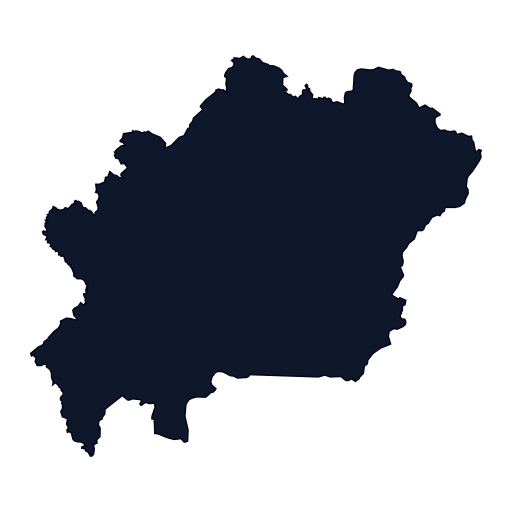 the district of Natagaima, Tolima, Colombia
{"feature_id": "7082276B16857235626689", "entity_name": "Natagaima", "entity_type": "district", "adm_level": 2, "iso_a3": "COL", "parent_name": "Colombia", "parent_adm1": "Tolima", "projection": "orthographic", "projection_center": [-75.144, 3.531], "detail": "fine", "context": "isolated", "style": "filled", "palette": "ink", "viewbox_px": 512, "rotation_deg": 0, "n_neighbors": 0, "source": "geoboundaries", "source_scale": "gbopen_adm2", "svg_char_len": 5848}
<svg xmlns="http://www.w3.org/2000/svg" viewBox="0 0 512 512"><path d="M187.6,441.0L188.0,429.9L184.9,416.4L185.9,404.2L188.7,399.9L191.5,398.3L196.6,396.9L205.8,397.1L211.1,392.3L213.2,392.1L215.3,389.9L215.9,388.6L211.8,385.2L210.7,381.6L212.0,376.9L215.5,372.4L218.3,371.3L222.9,371.8L230.2,375.6L233.6,376.0L237.3,378.0L246.7,377.4L248.6,376.4L249.7,374.6L318.4,376.9L324.8,375.0L330.2,376.9L340.9,376.5L345.8,380.4L347.6,380.6L351.9,378.9L355.3,381.4L359.0,378.8L359.3,377.5L363.3,373.4L364.3,366.1L367.3,363.8L367.8,360.0L372.9,353.5L380.6,348.0L390.6,344.1L388.3,336.3L389.2,331.2L393.9,328.5L397.2,329.2L403.0,326.5L405.2,324.6L405.8,322.3L405.3,320.1L404.2,319.1L401.7,319.1L400.2,316.5L400.3,314.5L401.4,313.5L401.4,311.8L402.4,310.6L402.3,306.2L405.0,304.6L405.8,300.4L400.0,297.8L398.3,299.1L392.5,295.5L391.9,294.1L397.1,287.2L399.8,280.8L403.3,276.3L403.4,274.9L400.3,267.4L401.1,265.8L402.3,265.6L403.2,261.5L401.9,255.5L402.7,251.7L406.4,247.6L408.8,243.3L414.3,238.9L416.9,231.6L417.9,230.5L421.8,230.6L423.5,229.6L425.4,225.1L428.2,223.2L431.8,217.4L437.3,214.9L439.9,215.7L441.6,212.8L444.4,210.9L444.8,208.3L445.7,207.4L454.8,207.4L459.6,206.4L464.4,203.0L465.0,199.9L468.2,193.3L467.9,189.4L466.2,186.9L467.0,179.0L468.2,176.1L472.6,171.0L479.4,160.6L481.1,157.0L480.3,153.0L481.3,150.5L479.1,149.6L475.5,152.2L473.7,142.4L472.0,140.1L471.5,136.1L468.5,136.5L461.8,133.2L456.7,134.6L455.7,132.0L454.5,131.0L450.9,131.7L446.7,131.2L445.0,130.1L440.2,130.5L437.1,127.8L435.0,122.9L434.9,119.1L435.5,117.4L440.1,114.9L440.1,114.2L432.3,108.2L430.0,108.5L425.1,105.1L419.1,108.1L416.4,103.1L409.6,97.4L408.6,95.4L411.1,90.7L410.5,89.4L411.9,85.6L411.4,83.7L407.7,82.5L405.2,79.3L404.9,77.4L400.7,74.2L400.5,72.2L399.6,71.5L395.9,71.0L393.1,69.4L388.6,70.2L378.5,67.3L373.6,69.7L369.5,70.0L361.4,69.0L357.5,69.8L355.1,72.4L354.2,75.6L353.3,89.9L352.0,91.1L347.1,91.7L345.4,93.0L344.4,98.0L344.9,102.6L344.4,103.7L343.1,104.1L337.1,101.8L332.6,102.9L330.5,98.9L328.5,98.2L327.2,99.2L324.8,97.2L323.9,97.3L323.2,98.8L318.8,97.6L318.5,99.8L316.8,98.8L313.1,98.8L312.2,97.7L312.6,94.7L309.6,91.1L309.6,89.0L307.8,88.0L307.4,85.1L306.5,84.3L305.2,85.6L306.5,88.2L306.3,89.3L305.4,90.0L303.4,89.9L302.6,90.8L302.6,94.6L299.3,96.7L299.2,98.5L297.7,98.5L295.2,96.3L293.1,97.3L290.5,94.5L288.4,94.6L286.5,92.9L283.9,92.4L284.1,90.8L286.5,90.9L287.1,89.5L282.5,85.1L282.8,77.5L287.1,76.3L283.4,73.4L282.0,70.7L279.0,68.1L273.2,65.8L269.3,65.8L268.4,64.6L262.5,62.6L259.2,58.9L255.9,58.3L253.2,55.9L251.6,56.5L251.5,58.5L249.9,59.0L246.8,59.0L243.4,56.4L239.7,58.5L234.2,57.8L233.9,58.9L231.6,60.4L233.9,62.6L233.9,65.4L231.8,67.8L228.7,68.5L225.7,72.7L224.7,75.5L224.9,76.6L226.7,78.0L225.9,84.4L226.5,85.8L226.7,92.4L223.2,89.8L221.7,90.1L218.8,89.1L216.0,90.1L215.4,92.2L206.0,99.7L200.7,105.7L200.4,106.5L202.9,109.7L193.4,118.2L192.7,121.3L189.9,124.5L189.5,128.3L187.8,128.5L184.1,135.7L179.2,137.4L171.2,145.5L165.0,148.2L165.5,143.2L160.2,137.3L151.9,133.9L148.3,131.2L146.1,132.4L144.5,132.0L141.9,133.0L138.7,131.4L135.4,131.0L134.2,132.1L133.0,130.7L132.2,132.4L123.5,133.7L122.7,137.8L120.0,141.0L120.4,141.7L123.1,142.4L124.9,145.9L121.5,145.8L116.9,149.4L115.8,150.6L116.0,152.0L114.5,152.0L115.4,154.3L114.4,155.4L115.9,158.2L118.8,158.7L121.1,163.8L124.3,163.5L127.2,166.9L127.1,168.3L121.1,173.8L121.0,175.3L123.2,177.6L118.8,177.5L117.0,175.7L113.7,174.9L109.8,171.6L107.8,177.1L105.6,177.3L104.6,182.0L99.2,184.3L95.8,184.3L96.5,190.2L95.6,192.3L98.2,193.1L99.3,196.3L98.2,199.8L96.6,202.0L98.2,207.1L98.0,210.0L95.3,212.4L94.9,215.1L93.7,215.0L91.1,211.3L87.9,210.1L85.6,207.9L83.0,207.6L81.0,202.9L78.6,201.4L77.0,201.5L76.0,200.5L74.9,201.0L73.8,204.2L72.2,204.3L68.4,208.7L65.2,207.7L62.9,210.3L61.9,209.7L60.3,210.5L58.0,209.3L56.3,209.8L56.4,208.3L53.3,206.5L52.3,209.2L49.4,211.6L49.2,214.1L47.4,214.6L48.3,215.7L46.4,217.6L47.3,220.3L45.4,220.2L47.1,223.1L45.3,223.1L45.0,226.3L47.3,230.2L46.1,231.6L43.5,231.0L42.6,231.9L43.4,234.3L47.4,236.2L45.8,239.7L48.3,240.1L47.5,242.2L48.0,242.9L49.9,242.2L49.6,243.1L51.2,244.5L50.2,246.3L51.8,247.0L52.7,248.8L54.9,249.8L55.7,251.5L57.1,251.0L58.7,252.2L58.8,254.9L59.9,254.4L60.8,256.1L63.9,256.1L65.4,261.6L67.3,262.8L68.4,264.7L70.7,264.6L70.0,266.0L71.8,268.2L73.7,272.9L73.9,276.0L77.5,278.8L81.0,278.6L84.4,280.4L86.1,284.3L86.6,284.0L86.5,284.7L87.7,285.5L86.8,286.5L87.9,287.2L86.3,288.1L86.7,289.3L85.6,290.0L86.1,291.0L87.0,291.0L86.0,291.8L86.2,293.2L85.5,294.1L83.9,293.7L83.6,294.6L85.3,298.6L85.2,301.0L86.4,302.3L85.5,302.8L85.9,303.6L84.9,303.5L83.7,305.3L80.7,302.7L78.1,306.4L74.5,308.2L72.8,310.3L74.1,315.8L76.7,318.1L75.7,320.2L71.4,318.7L66.5,318.2L60.5,321.1L60.7,324.0L58.6,328.0L54.0,331.5L48.4,337.7L48.1,338.9L44.1,341.7L43.5,343.9L42.1,345.4L38.3,347.0L30.7,353.4L31.5,355.9L33.1,355.1L36.2,358.1L35.2,361.5L37.2,365.5L41.3,365.5L44.2,364.0L46.9,364.6L46.3,366.7L50.0,369.5L51.4,372.9L51.6,377.7L53.3,382.0L52.7,384.8L55.3,382.8L56.0,383.1L58.5,385.5L59.3,387.3L61.2,388.5L61.2,390.5L63.0,391.8L63.2,394.9L61.1,396.7L60.4,398.9L60.6,400.0L62.2,401.1L61.8,403.5L62.6,405.4L62.5,408.7L60.8,411.5L62.4,416.7L67.0,418.5L67.5,419.3L66.6,423.9L68.5,427.9L66.9,430.1L67.4,432.3L69.2,431.6L71.5,433.2L72.8,438.8L74.0,440.5L77.0,441.7L81.1,442.0L83.7,443.4L85.2,445.4L81.8,447.1L81.8,448.2L85.1,448.7L85.6,450.7L88.3,452.3L90.3,456.0L91.7,456.1L93.5,454.4L94.3,448.9L93.4,444.8L97.0,443.0L96.7,439.7L99.9,436.7L100.1,428.0L98.3,425.2L99.0,420.6L102.1,418.9L102.4,417.1L104.7,414.1L105.0,409.2L122.3,395.5L127.5,399.9L129.0,400.1L132.5,398.8L140.8,399.6L141.4,401.2L139.9,403.9L141.2,405.4L145.5,402.4L149.7,403.6L153.7,403.1L154.5,403.7L155.1,407.1L152.0,416.4L151.9,418.9L153.6,419.1L154.3,420.2L154.8,433.4L157.5,433.7L167.9,437.8L174.1,439.4L181.2,438.6L183.7,441.7L185.0,442.2L187.6,441.0Z" fill="#0f172a" stroke="#020617" stroke-width="1.5"/></svg>